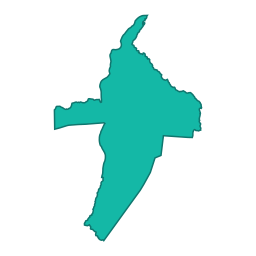 outline of Bom Jesus da Lapa, Bahia, Brazil
{"feature_id": "56859067B88017045817221", "entity_name": "Bom Jesus da Lapa", "entity_type": "district", "adm_level": 2, "iso_a3": "BRA", "parent_name": "Brazil", "parent_adm1": "Bahia", "projection": "orthographic", "projection_center": [-43.321, -13.283], "detail": "fine", "context": "isolated", "style": "filled", "palette": "teal", "viewbox_px": 256, "rotation_deg": 0, "n_neighbors": 0, "source": "geoboundaries", "source_scale": "gbopen_adm2", "svg_char_len": 5744}
<svg xmlns="http://www.w3.org/2000/svg" viewBox="0 0 256 256"><path d="M201.2,108.4L201.6,107.8L201.4,107.2L201.3,106.4L201.1,105.3L201.1,104.6L200.7,103.8L200.2,103.2L200.1,102.5L199.5,102.0L199.1,101.4L198.2,101.0L197.4,100.5L196.8,99.9L196.4,99.3L195.9,98.8L195.5,98.5L195.0,98.3L194.9,97.6L194.6,97.0L194.1,96.4L193.5,95.7L193.1,95.0L191.5,93.4L190.5,92.6L188.9,92.7L188.1,93.0L187.3,93.1L186.4,92.9L185.9,92.6L185.5,92.1L184.8,91.7L183.8,91.1L183.2,90.8L182.7,91.1L180.8,91.6L180.0,91.4L179.4,91.8L177.9,91.0L177.4,90.6L176.8,90.3L175.9,89.9L175.4,89.2L174.8,87.5L174.0,87.1L173.4,87.5L172.8,87.4L172.1,86.8L171.5,86.5L171.0,86.1L170.2,84.6L169.5,83.8L169.2,82.7L168.6,82.2L168.2,81.7L168.1,81.1L167.8,80.2L167.3,79.4L166.6,79.8L165.5,80.2L164.9,80.1L164.1,79.7L163.5,79.6L162.8,79.0L161.6,77.5L161.3,76.3L161.7,74.8L160.3,73.6L159.8,72.8L159.4,72.0L158.6,71.7L158.0,71.3L157.2,70.6L156.9,69.9L156.1,69.9L155.2,69.5L154.4,69.6L153.9,69.0L153.6,68.1L153.1,67.4L152.6,67.0L152.4,66.2L152.6,65.5L151.9,64.1L150.4,63.0L150.1,62.4L149.8,61.7L149.6,60.8L149.7,59.6L149.2,59.2L148.9,58.7L148.2,58.8L147.7,59.0L147.2,58.4L147.4,57.8L147.2,57.2L146.6,56.6L145.9,56.6L145.3,56.4L145.3,55.8L145.1,55.0L145.1,54.1L144.4,53.4L143.9,53.1L143.3,53.0L143.0,53.9L142.6,54.4L142.1,54.0L141.5,53.8L140.4,53.8L139.8,53.4L139.5,52.8L138.8,52.8L138.5,52.3L138.9,51.7L138.7,50.9L138.1,50.7L137.2,50.8L136.7,50.5L136.4,49.8L136.3,48.9L136.5,48.4L135.5,47.6L134.8,47.6L134.1,47.0L134.1,46.1L133.7,45.3L132.4,44.8L131.9,44.1L132.2,43.6L132.4,43.0L132.7,42.4L132.7,41.8L133.2,40.6L133.7,40.1L134.2,39.9L134.9,39.2L135.8,38.0L136.7,36.2L136.8,35.3L137.1,34.7L137.4,34.2L137.6,33.5L138.0,32.8L138.7,32.3L139.4,31.6L139.5,30.8L139.9,30.0L140.6,29.4L141.3,28.6L141.7,27.9L142.8,26.5L143.9,24.7L144.3,24.3L144.7,23.6L144.6,22.8L143.9,22.7L143.4,23.1L142.8,24.3L142.6,23.5L142.9,21.8L144.3,20.7L144.9,20.6L144.8,20.0L145.4,19.4L145.1,18.9L146.0,18.6L146.5,18.0L146.7,17.3L146.9,16.0L147.3,15.4L145.2,15.5L143.9,15.5L142.2,15.7L140.3,16.5L139.2,17.1L138.0,18.0L136.6,19.3L135.2,20.9L135.0,21.7L134.6,23.2L134.0,24.5L133.5,25.1L133.0,25.6L131.9,26.2L130.8,27.5L129.5,28.2L128.9,28.6L128.5,28.9L125.5,32.6L124.9,33.6L124.2,34.3L123.4,35.0L122.6,36.2L122.2,36.9L120.7,40.5L120.6,41.7L121.0,42.4L121.2,43.2L121.4,44.7L121.3,45.8L121.0,46.7L120.6,47.4L120.0,48.1L119.3,48.7L118.3,49.2L116.4,49.6L115.4,49.7L113.3,49.5L112.8,49.6L112.1,50.0L111.6,50.8L111.2,52.4L111.0,53.0L110.2,54.3L110.0,55.1L110.0,56.2L110.5,58.6L111.0,61.3L110.4,64.4L110.4,65.3L110.5,66.3L110.2,67.3L109.6,68.5L109.2,70.6L109.3,71.6L109.5,72.4L109.8,73.3L109.9,73.8L108.4,75.9L107.1,77.3L104.4,78.8L102.9,79.7L101.5,81.0L100.8,82.2L100.0,84.7L99.8,86.2L99.9,87.2L100.3,88.0L100.7,89.5L101.0,90.6L101.2,92.3L101.2,94.7L101.3,98.0L101.5,99.3L101.5,100.8L101.4,102.1L100.7,102.4L100.1,101.7L99.8,101.0L99.6,100.2L99.1,99.4L98.3,99.6L97.6,99.6L97.1,99.5L96.3,99.6L95.0,100.0L94.2,100.2L93.0,99.2L90.5,98.9L89.4,98.7L88.6,98.8L88.2,99.2L87.7,100.8L86.8,101.5L85.9,101.9L85.5,102.4L84.0,102.9L83.4,102.7L82.7,102.7L82.0,102.5L81.3,102.2L80.5,102.0L79.6,102.6L78.9,102.2L78.3,102.3L77.7,102.6L76.4,102.1L75.9,102.1L74.8,102.4L73.6,102.9L72.9,103.0L72.1,103.2L71.7,104.2L71.7,105.0L70.9,107.0L70.3,107.8L69.6,108.2L69.0,108.4L68.2,109.0L67.5,109.3L66.6,109.0L66.1,109.4L65.3,109.3L64.6,109.0L64.0,108.7L62.5,107.6L61.6,107.4L60.7,106.8L59.9,106.3L56.7,106.4L56.2,106.8L55.9,107.7L55.1,109.4L54.4,109.9L54.7,129.2L60.0,127.8L67.0,125.6L68.9,125.2L78.3,124.5L85.7,124.2L103.7,122.8L104.3,123.0L104.9,123.4L104.0,124.9L102.9,127.3L101.9,129.6L101.0,131.4L100.7,132.4L100.6,133.1L100.4,133.7L100.1,134.2L99.7,135.3L99.4,137.1L99.3,140.0L99.4,141.3L99.6,142.7L100.0,144.4L100.4,145.5L101.5,146.6L101.7,147.5L102.4,148.9L104.0,151.6L104.7,152.9L105.3,154.8L105.4,155.6L105.4,157.5L105.3,158.8L104.9,160.8L104.0,162.9L103.6,164.4L103.0,167.8L102.9,168.8L102.9,170.3L102.7,173.1L102.6,173.8L102.4,174.6L102.1,175.3L101.7,177.4L102.8,177.3L103.3,177.8L103.0,178.4L102.9,179.2L103.1,179.7L103.1,180.4L102.7,181.0L102.3,181.3L101.6,181.8L101.2,182.5L101.0,183.1L101.2,184.3L101.0,184.9L100.5,185.6L100.3,187.2L100.1,187.8L99.5,188.5L98.8,189.1L98.5,189.9L98.5,190.7L97.8,192.4L97.1,193.0L97.5,194.4L97.2,195.7L97.2,196.3L96.8,197.0L96.1,197.9L95.6,199.3L95.6,200.0L95.3,201.2L95.0,201.8L95.4,202.2L95.3,203.0L94.9,203.6L94.5,205.0L94.7,205.7L94.4,206.4L93.8,207.0L93.7,207.7L93.6,208.3L93.3,208.8L92.9,209.2L93.3,209.7L93.3,210.5L93.1,211.6L92.7,213.3L92.3,213.8L91.8,214.2L91.7,215.3L91.1,215.5L90.4,215.4L89.7,216.2L89.8,217.1L89.0,217.6L88.6,218.2L88.1,218.7L87.8,219.4L87.6,220.2L86.0,220.7L85.5,221.3L85.2,222.3L84.7,222.9L84.4,223.6L84.6,224.3L84.4,224.9L84.8,225.2L85.5,225.4L86.1,225.4L86.7,225.6L87.6,225.7L88.3,225.4L88.8,225.1L89.4,224.8L90.0,225.7L90.3,226.4L90.8,227.0L90.6,227.9L90.5,228.8L91.0,229.2L92.7,229.4L93.2,230.1L94.0,230.8L94.6,231.5L95.3,231.6L96.1,232.1L95.7,234.0L95.6,234.7L95.9,235.6L97.1,235.8L97.6,236.1L97.6,236.9L98.6,237.7L98.5,238.4L100.0,239.7L101.3,240.2L102.0,240.2L102.8,239.8L103.4,240.0L103.8,240.6L140.3,190.1L143.8,184.3L150.3,172.5L155.0,157.9L161.0,155.4L163.4,135.7L188.0,137.4L192.3,137.5L192.8,135.8L192.9,134.7L192.8,134.1L193.0,132.1L193.5,130.7L193.9,130.1L194.5,129.6L195.3,129.9L195.8,130.5L196.7,130.6L197.5,130.6L198.4,130.9L199.1,130.7L199.8,130.3L200.7,130.1L200.6,129.3L200.8,128.7L200.7,127.8L200.3,127.0L200.0,126.2L200.0,125.6L200.4,125.0L200.6,124.1L200.5,123.4L200.0,123.1L199.4,122.0L199.2,121.1L199.7,120.3L199.4,119.7L199.2,119.0L199.4,118.4L199.6,117.0L199.8,116.5L200.1,115.0L200.2,114.4L199.9,113.8L200.4,113.3L200.3,112.8L199.5,110.4L199.3,109.8L199.3,109.0L199.9,108.4L200.5,108.0L201.2,108.4Z" fill="#14b8a6" stroke="#0f766e" stroke-width="1.5"/></svg>